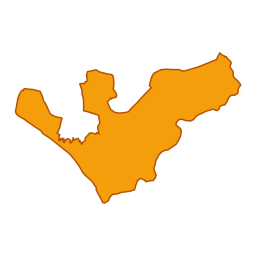 outline of St. Paul River, Montserrado, Liberia
{"feature_id": "62588387B63326242332262", "entity_name": "St. Paul River", "entity_type": "district", "adm_level": 2, "iso_a3": "LBR", "parent_name": "Liberia", "parent_adm1": "Montserrado", "projection": "robinson", "projection_center": [-10.782, 6.5], "detail": "fine", "context": "isolated", "style": "filled", "palette": "amber", "viewbox_px": 256, "rotation_deg": 0, "n_neighbors": 0, "source": "geoboundaries", "source_scale": "gbopen_adm2", "svg_char_len": 5374}
<svg xmlns="http://www.w3.org/2000/svg" viewBox="0 0 256 256"><path d="M215.7,110.2L216.7,110.6L218.1,110.1L219.3,108.4L219.9,106.2L222.1,105.4L225.1,104.6L225.3,104.2L226.0,103.1L227.0,101.7L227.7,99.9L227.8,99.6L229.1,97.4L230.1,96.0L230.6,95.8L232.6,95.0L234.8,95.2L236.7,94.0L238.0,92.7L238.0,90.9L238.0,90.6L238.4,88.8L239.3,86.6L240.6,85.4L240.3,84.1L240.0,83.7L237.9,81.3L236.7,79.9L234.1,77.7L233.4,76.2L233.1,74.2L233.1,71.8L232.3,70.5L231.5,69.1L230.3,67.7L230.1,66.1L231.2,63.1L230.4,61.2L229.8,60.7L228.4,59.5L227.3,58.4L226.3,56.8L224.6,56.7L224.5,56.0L222.0,55.0L220.4,53.4L219.9,53.0L219.1,54.3L217.6,57.1L216.5,59.6L212.7,61.1L207.5,63.2L204.2,64.5L200.8,65.9L198.2,66.9L196.3,67.5L191.0,69.1L190.3,69.3L189.8,69.4L187.8,70.1L186.3,70.5L185.9,70.5L182.9,71.1L181.3,70.5L178.4,69.5L177.8,69.5L176.4,69.6L175.2,69.6L170.6,69.5L170.3,69.5L166.0,69.2L163.3,69.5L161.1,69.7L160.7,69.9L158.9,70.7L154.6,72.9L153.6,73.5L153.4,74.0L151.8,76.9L151.3,78.0L150.7,80.5L150.0,83.4L149.7,84.2L149.4,85.7L149.9,86.2L151.4,87.7L150.7,88.3L146.0,93.0L143.9,95.2L142.7,96.5L137.0,102.8L136.5,103.3L130.7,109.0L128.3,111.8L127.4,111.9L126.8,112.3L119.0,113.2L118.9,113.2L118.2,113.0L114.6,112.3L113.3,111.4L112.0,110.3L111.2,110.0L110.7,109.5L107.4,102.1L110.5,98.3L110.7,98.6L111.2,98.9L111.3,98.4L112.2,98.1L113.9,97.8L114.3,97.7L116.1,97.1L116.7,95.5L116.3,94.0L115.2,91.9L114.3,90.6L113.4,89.3L113.4,88.5L113.7,85.4L113.9,83.0L113.6,80.3L113.6,79.3L113.3,77.2L113.2,77.0L113.0,76.1L112.9,75.6L112.4,75.2L112.1,75.0L111.4,74.6L111.2,74.5L110.6,74.4L108.5,74.2L106.0,73.6L102.5,72.7L100.9,72.3L99.6,71.9L99.0,71.7L96.8,70.2L96.2,69.8L95.7,69.9L94.3,70.2L91.0,71.0L87.8,71.6L87.6,71.6L87.4,72.4L87.2,72.8L86.6,74.6L86.5,74.8L87.3,79.8L87.3,80.8L86.6,81.3L85.2,81.8L84.9,82.6L84.8,82.8L84.7,83.1L84.6,83.4L83.8,83.6L83.3,83.5L82.8,83.5L81.2,83.6L80.0,83.7L79.8,84.2L80.0,84.5L80.2,84.9L80.9,87.2L81.9,89.9L82.1,92.9L82.2,94.7L82.5,95.6L82.9,96.5L83.1,97.0L83.5,100.5L83.6,104.1L83.6,104.3L83.6,105.5L83.7,108.8L83.5,110.6L84.3,111.0L85.2,111.1L85.4,111.1L88.2,111.9L89.4,112.3L92.1,113.2L92.4,113.4L92.9,113.3L94.2,113.7L96.1,114.4L97.6,114.8L98.0,115.1L98.7,115.6L98.8,117.8L99.2,119.2L99.2,119.4L99.5,120.6L99.8,123.1L99.3,123.7L98.9,124.5L98.6,124.9L97.6,126.9L97.7,127.7L98.0,129.3L98.4,131.3L98.8,132.6L98.7,133.4L98.8,133.6L98.6,133.5L98.1,133.4L97.8,133.3L97.0,132.7L96.6,132.7L96.4,132.9L96.1,133.7L95.4,134.1L94.8,133.8L92.9,133.2L92.5,133.1L90.7,132.9L90.1,133.1L89.9,133.1L89.7,133.2L88.4,134.3L87.7,135.5L86.9,136.2L86.7,136.4L85.5,137.5L85.4,137.9L85.3,138.1L85.3,138.8L85.2,139.5L85.2,140.1L84.5,141.0L83.0,142.1L82.0,143.8L81.7,144.2L81.3,143.7L81.4,142.4L80.9,142.1L80.1,142.4L79.7,142.1L79.8,141.4L79.9,140.5L78.8,140.5L78.8,140.3L78.7,139.5L78.6,139.2L78.1,138.6L77.3,138.4L76.6,138.6L75.7,139.4L74.6,140.2L74.0,140.1L73.8,139.1L73.5,138.0L73.1,137.9L73.0,138.4L73.0,138.9L72.8,139.9L72.2,141.7L71.7,142.2L71.3,142.7L70.3,142.6L70.1,142.6L70.2,141.9L70.6,141.0L70.7,140.3L69.9,139.8L69.6,139.6L68.7,139.1L67.8,138.9L67.4,138.8L66.5,139.5L65.9,139.9L65.8,140.1L64.9,140.9L64.9,141.5L64.5,142.1L64.3,142.4L63.6,142.1L63.1,141.1L63.2,140.4L63.9,140.1L64.0,140.0L64.2,139.2L63.7,138.8L62.8,138.4L62.7,138.6L62.4,139.0L62.2,139.5L61.6,139.5L61.4,139.1L61.1,138.5L60.9,138.6L60.7,138.9L60.5,139.3L60.3,140.3L60.1,140.4L59.5,140.7L59.4,140.6L58.8,140.4L58.6,140.2L58.8,139.7L59.2,138.6L59.4,137.9L59.1,137.1L58.9,136.1L59.2,135.7L59.7,135.1L59.8,134.7L59.1,134.5L58.9,134.4L58.1,133.7L57.4,133.1L57.1,132.9L58.1,131.8L58.8,129.7L59.9,127.3L59.9,127.0L60.9,122.1L61.9,118.5L62.0,118.3L61.5,117.9L61.1,117.8L58.8,117.4L56.3,116.9L55.5,116.7L52.0,115.1L50.2,113.7L48.5,110.3L48.0,109.0L47.0,106.9L46.7,106.0L46.3,105.2L46.1,104.9L45.6,103.7L45.3,103.3L44.8,102.5L43.9,101.3L43.4,100.6L43.3,100.2L42.6,97.3L42.0,95.7L41.5,94.2L41.0,93.2L40.0,91.3L39.8,91.3L39.1,91.1L33.5,89.7L32.4,89.4L32.1,89.4L31.9,89.3L31.5,89.4L31.1,89.5L28.2,89.1L27.1,89.0L26.4,88.8L25.8,88.7L25.7,88.7L24.3,88.7L23.2,89.8L23.4,90.1L23.5,90.5L21.4,90.8L19.5,94.1L19.3,94.5L17.9,98.5L17.0,103.4L16.4,106.8L16.1,108.2L15.4,111.8L16.6,114.2L18.9,116.2L24.2,119.2L28.8,122.5L33.3,125.7L34.1,126.3L40.8,130.6L42.7,133.4L51.3,139.2L60.5,146.6L65.9,150.9L69.1,153.4L72.1,156.9L75.2,160.5L79.0,165.9L82.0,171.0L83.0,172.7L85.1,175.3L86.7,176.6L91.7,181.0L92.3,181.9L96.1,187.3L96.3,190.1L96.7,190.9L97.6,192.9L99.6,196.3L99.8,196.6L102.7,202.5L104.5,203.0L108.5,200.6L109.8,197.2L110.3,196.7L111.6,195.2L112.2,194.5L112.7,194.5L114.7,194.2L114.9,194.2L115.7,194.1L117.0,193.9L121.4,192.4L124.2,192.0L129.6,191.3L134.5,189.8L135.7,185.5L136.0,184.6L136.4,183.5L137.2,181.1L139.1,179.4L140.3,178.5L141.7,178.9L142.0,179.0L145.1,180.4L145.3,181.1L145.5,181.6L148.5,181.2L150.5,180.6L153.1,180.6L155.2,178.0L156.0,175.7L156.2,175.2L154.6,171.3L154.5,170.9L153.9,168.2L155.0,165.3L155.7,161.1L156.8,158.9L157.4,157.9L159.0,154.8L161.6,152.0L164.3,150.5L168.3,149.7L170.4,148.2L172.4,146.8L176.1,144.3L176.5,143.5L178.9,139.8L180.1,136.9L180.7,135.4L181.3,130.8L180.4,128.6L178.8,127.3L177.7,126.4L175.9,125.0L176.3,123.2L177.6,120.7L179.9,119.3L182.1,119.2L184.9,120.4L186.0,120.6L187.4,120.7L190.2,120.9L190.3,121.0L193.3,119.7L194.7,118.1L196.0,116.4L198.6,114.7L198.9,114.5L202.5,113.1L206.0,111.2L211.0,109.8L212.3,109.0L215.3,110.0L215.7,110.2Z" fill="#f59e0b" stroke="#b45309" stroke-width="1.5"/></svg>